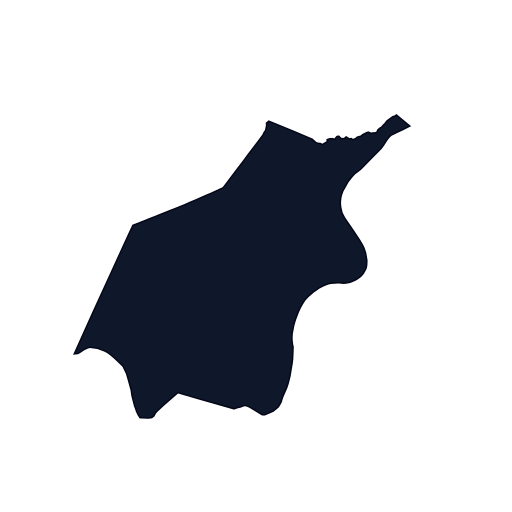 Araripina, Pernambuco, Brazil (Robinson projection), rotated 220°
{"feature_id": "56859067B17972152596251", "entity_name": "Araripina", "entity_type": "district", "adm_level": 2, "iso_a3": "BRA", "parent_name": "Brazil", "parent_adm1": "Pernambuco", "projection": "robinson", "projection_center": [-40.522, -7.658], "detail": "fine", "context": "isolated", "style": "filled", "palette": "ink", "viewbox_px": 512, "rotation_deg": 220, "n_neighbors": 0, "source": "geoboundaries", "source_scale": "gbopen_adm2", "svg_char_len": 2662}
<svg xmlns="http://www.w3.org/2000/svg" viewBox="0 0 512 512"><g transform="rotate(220 256 256)"><path d="M174.6,124.8L172.5,128.3L170.9,130.3L170.1,131.8L169.1,133.7L167.1,135.2L163.7,136.2L149.2,138.4L147.3,139.9L143.2,148.0L142.3,152.5L142.0,154.6L142.2,156.7L142.9,160.2L144.7,164.4L145.4,166.6L147.8,174.7L149.4,178.8L152.8,185.8L159.7,197.5L161.7,200.5L166.6,206.9L167.7,208.3L169.2,210.2L171.1,211.6L173.8,214.1L175.1,215.5L176.2,216.8L178.4,219.7L182.6,227.2L185.0,232.7L187.7,240.5L188.7,244.2L189.1,246.1L189.7,249.2L190.1,252.2L190.3,254.0L190.2,256.3L190.0,258.7L189.3,263.1L188.9,265.5L188.3,267.6L187.2,271.9L185.6,275.8L184.1,278.8L183.1,280.6L181.3,283.1L178.9,285.4L176.4,287.8L175.2,288.9L173.6,289.9L171.6,291.3L170.1,292.7L167.2,296.1L165.7,298.9L164.5,301.4L163.7,303.7L163.2,305.6L162.7,307.9L162.6,311.5L163.6,316.7L164.4,318.5L165.5,320.3L168.2,323.8L173.8,328.6L178.3,331.4L181.4,332.8L186.8,334.7L199.3,338.4L212.6,342.1L217.9,344.3L222.5,347.8L224.7,349.9L226.6,352.2L228.5,355.1L229.8,357.6L231.3,361.6L232.1,366.0L233.3,372.3L233.3,374.9L233.4,376.7L233.4,379.6L233.3,382.3L231.6,389.9L230.5,404.4L229.3,419.1L229.6,423.2L230.3,428.5L230.5,431.6L230.4,433.5L230.2,435.3L227.5,441.4L225.1,446.5L221.7,454.4L239.1,454.3L239.5,452.6L240.8,450.6L241.5,447.8L242.0,445.8L242.5,443.7L242.3,440.6L242.6,437.9L242.6,435.6L243.4,433.1L243.7,430.9L242.9,428.3L244.2,426.6L245.7,425.2L246.9,423.8L249.4,423.2L250.5,421.7L251.3,419.8L252.3,417.5L252.6,415.4L253.7,413.7L254.8,412.2L255.1,410.1L256.5,407.4L258.7,407.1L259.7,405.7L261.5,405.4L263.5,405.2L263.9,402.6L266.1,400.7L267.8,400.8L269.6,401.0L270.8,399.5L270.8,395.9L272.9,395.0L274.8,393.3L276.3,390.9L274.9,389.3L275.5,387.7L276.9,383.9L278.9,383.6L280.9,382.2L282.8,381.4L288.1,381.6L290.2,380.9L306.6,375.9L332.9,367.5L333.4,364.5L332.0,363.2L330.4,360.4L329.4,358.5L329.1,355.4L328.5,353.7L327.9,343.7L327.2,328.3L326.7,321.1L326.2,309.9L325.1,288.8L325.1,287.0L329.6,277.5L330.4,275.7L333.3,270.1L336.1,264.4L337.0,262.5L338.3,259.9L341.3,254.1L343.5,249.5L345.6,245.6L346.6,243.7L349.0,239.2L350.6,236.4L357.7,223.1L358.6,221.3L360.2,218.5L362.0,215.2L363.7,211.9L370.0,200.4L367.9,192.4L364.1,178.5L363.1,174.9L355.9,148.8L344.9,108.8L332.3,64.2L329.8,66.8L329.0,68.9L327.6,73.8L325.9,77.5L324.5,79.4L318.0,83.5L310.9,86.0L307.6,86.7L304.2,86.9L298.8,86.9L287.0,86.1L279.5,82.7L274.0,79.0L270.1,76.3L265.3,73.0L261.8,69.8L259.7,68.2L252.7,63.2L249.5,61.4L247.6,60.2L244.4,58.7L240.9,57.6L234.3,62.7L232.0,65.2L231.4,67.8L232.1,71.0L232.1,73.1L231.0,82.1L228.0,101.1L207.5,110.1L202.6,112.3L181.1,121.9L174.6,124.8Z" fill="#0f172a" stroke="#020617" stroke-width="1.5"/></g></svg>